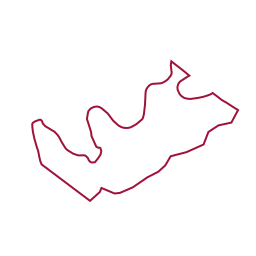 outline of Lake, Tennessee, United States of America, rotated 38°
{"feature_id": "52423323B1781163354371", "entity_name": "Lake", "entity_type": "district", "adm_level": 2, "iso_a3": "USA", "parent_name": "United States of America", "parent_adm1": "Tennessee", "projection": "robinson", "projection_center": [-89.539, 36.344], "detail": "fine", "context": "isolated", "style": "outline", "palette": "rose", "viewbox_px": 256, "rotation_deg": 38, "n_neighbors": 0, "source": "geoboundaries", "source_scale": "gbopen_adm2", "svg_char_len": 1663}
<svg xmlns="http://www.w3.org/2000/svg" viewBox="0 0 256 256"><g transform="rotate(38 128 128)"><path d="M82.4,209.9L142.9,208.8L145.2,195.8L144.0,191.6L157.7,187.9L161.6,184.1L168.3,171.8L173.7,154.8L178.8,143.8L180.4,134.5L179.0,124.0L188.9,111.1L197.7,94.5L193.8,81.6L197.7,70.2L206.1,60.1L203.7,46.1L199.2,46.6L189.1,47.5L188.4,47.7L184.5,48.2L179.0,48.2L173.2,48.3L172.2,50.9L170.8,53.2L168.1,57.1L164.9,60.9L159.9,66.1L157.9,67.7L154.8,69.3L153.2,69.8L150.0,69.9L147.9,69.5L143.8,67.5L141.9,65.5L140.8,63.2L140.4,61.6L140.3,60.1L140.6,58.7L143.5,50.4L144.1,49.0L141.1,48.9L138.7,48.8L121.1,48.8L123.1,52.2L128.2,57.4L129.0,58.7L129.5,60.4L129.4,64.8L128.9,67.4L127.8,70.1L127.1,71.5L126.2,72.7L120.4,77.9L119.3,79.3L118.6,81.3L118.4,83.5L118.5,85.3L118.9,87.1L119.8,88.9L127.0,99.1L131.9,107.1L133.4,110.4L133.8,112.1L133.7,112.9L132.2,120.0L129.7,125.8L128.2,127.7L126.3,129.3L124.3,130.6L121.6,131.5L118.6,131.9L112.0,131.4L102.9,129.0L94.8,128.7L92.6,129.1L90.5,130.0L88.3,132.2L86.6,135.6L86.4,139.0L86.8,140.1L90.0,146.1L99.4,152.5L101.8,154.3L104.3,156.9L114.6,162.3L116.8,161.8L117.9,160.9L118.7,160.9L121.0,162.5L121.7,163.6L122.7,166.0L123.1,170.5L123.0,175.3L121.1,177.2L120.1,177.7L118.7,177.9L116.9,177.5L114.9,176.4L113.1,176.1L111.2,176.1L110.1,176.6L106.2,179.8L104.7,180.6L100.5,182.0L94.0,182.7L92.3,182.6L90.3,182.1L84.6,180.0L79.3,177.6L77.0,176.9L72.6,176.2L61.6,177.5L58.1,176.9L56.0,175.5L54.3,175.2L52.9,176.3L52.3,177.4L50.7,180.0L50.0,181.8L49.9,182.7L50.0,183.5L50.3,184.1L52.4,186.5L55.4,189.5L58.6,192.2L61.0,194.2L67.6,199.0L71.6,201.6L75.9,205.4L79.3,208.1L82.4,209.9Z" fill="none" stroke="#9f1239" stroke-width="2"/></g></svg>